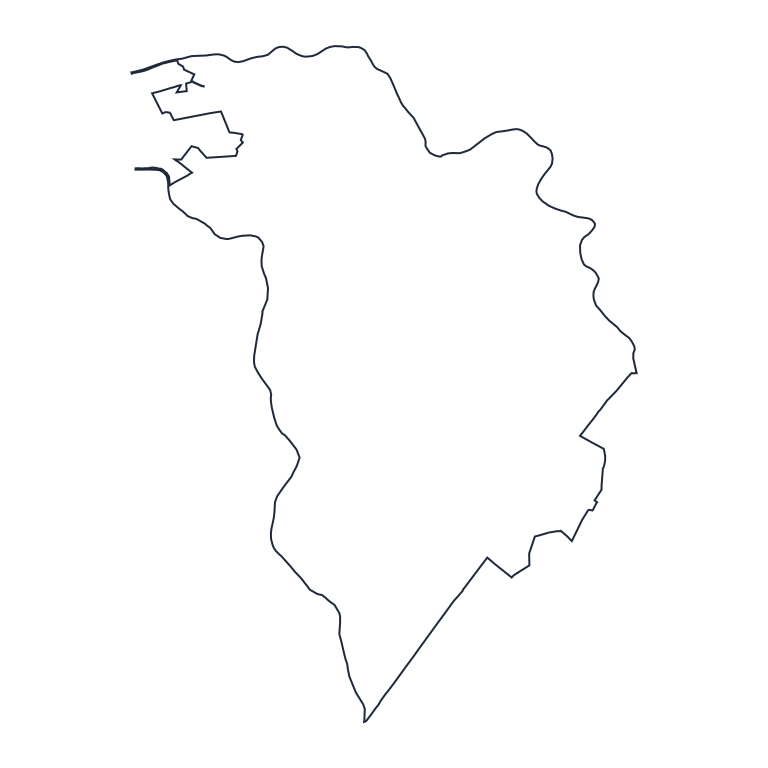 Ceraukstes pag., Bauska, Latvia (Mercator projection)
{"feature_id": "27541924B26132540947548", "entity_name": "Ceraukstes pag.", "entity_type": "district", "adm_level": 2, "iso_a3": "LVA", "parent_name": "Latvia", "parent_adm1": "Bauska", "projection": "mercator", "projection_center": [24.276, 56.363], "detail": "fine", "context": "isolated", "style": "outline", "palette": "slate", "viewbox_px": 768, "rotation_deg": 0, "n_neighbors": 0, "source": "geoboundaries", "source_scale": "gbopen_adm2", "svg_char_len": 5962}
<svg xmlns="http://www.w3.org/2000/svg" viewBox="0 0 768 768"><path d="M131.4,72.4L131.9,73.7L133.4,73.1L141.8,71.4L144.6,70.7L149.9,68.7L154.0,66.9L155.2,66.6L157.9,65.5L162.2,63.7L168.7,62.1L173.1,61.1L175.8,60.6L177.3,60.6L178.3,63.8L182.9,66.4L184.1,69.3L184.0,69.6L194.3,74.4L191.4,80.5L191.9,80.9L192.9,81.7L194.0,82.3L195.1,82.9L196.3,83.4L201.2,85.5L202.0,85.8L202.9,86.0L203.7,86.1L203.7,86.4L202.6,86.3L202.1,86.2L201.5,86.0L201.0,85.8L196.3,83.7L195.1,83.2L193.8,82.6L193.2,82.2L192.4,81.7L186.1,83.6L186.7,91.1L176.7,92.4L179.6,87.5L180.5,85.9L180.9,85.2L180.2,85.2L175.0,86.8L173.8,87.2L169.7,88.3L168.2,88.8L166.3,89.4L163.9,90.1L162.1,90.6L161.9,90.8L152.1,93.3L162.3,113.5L165.5,112.1L169.9,112.7L173.8,120.2L210.0,113.2L221.0,111.5L229.5,132.4L233.5,132.8L235.9,133.1L238.0,133.5L241.4,134.0L242.7,134.7L240.8,140.1L242.8,142.6L236.6,148.8L236.4,148.9L237.5,151.5L235.9,155.9L206.5,157.8L199.7,150.1L198.1,148.0L191.5,146.2L182.8,157.5L181.3,159.5L176.8,159.5L174.6,159.4L175.9,160.4L177.3,161.2L179.0,162.4L181.6,164.4L186.3,168.2L192.0,172.7L189.1,174.3L187.9,175.3L175.0,182.1L169.8,185.4L169.5,182.3L169.0,176.6L168.4,175.6L166.6,172.9L165.1,171.9L164.3,171.2L163.6,170.5L162.8,169.7L161.4,169.0L160.7,168.7L159.2,168.7L157.7,168.3L156.2,167.9L155.9,167.8L154.7,167.8L153.3,167.5L152.5,167.6L152.0,167.6L151.4,167.7L150.8,167.7L149.9,167.8L149.6,168.1L148.1,168.2L147.7,168.2L146.7,168.3L145.6,168.5L145.1,168.2L144.2,168.2L143.3,168.5L139.7,168.3L139.3,168.2L136.4,168.3L135.6,168.3L135.5,169.7L139.4,169.7L149.4,169.5L155.9,169.8L159.4,170.1L163.2,172.0L165.7,174.8L167.0,176.7L168.2,183.0L168.2,187.9L169.0,194.2L170.2,199.3L173.4,203.8L179.2,208.7L183.4,211.9L187.6,216.0L192.3,218.1L195.2,218.6L197.0,219.2L204.8,223.6L207.0,225.5L208.6,226.8L210.2,227.8L214.9,234.4L220.4,237.9L226.9,239.1L229.3,238.8L238.2,236.5L241.9,235.8L250.0,235.3L255.5,236.3L258.3,237.5L262.1,242.0L263.6,246.3L261.6,258.2L261.5,262.0L261.7,266.3L264.2,274.1L265.7,277.4L266.4,280.0L268.0,288.2L267.3,299.6L263.9,307.8L262.3,311.8L262.5,313.3L260.7,323.9L257.6,334.4L254.2,355.6L254.0,361.9L254.7,366.5L257.9,372.5L261.6,378.3L266.8,385.4L270.1,389.9L271.2,394.5L270.8,397.5L270.9,401.4L271.8,407.6L274.1,417.3L276.7,425.4L279.1,429.4L282.1,433.5L285.1,435.4L289.8,440.8L296.6,449.7L299.6,457.7L296.7,466.2L293.3,472.5L291.5,476.6L286.4,483.2L283.7,486.8L280.5,491.4L277.1,496.4L276.3,498.6L275.0,502.1L274.4,512.6L273.8,517.8L273.0,521.6L271.5,528.4L270.9,532.8L271.0,538.8L272.5,544.5L273.8,547.9L275.8,550.9L278.8,553.9L281.3,556.1L290.9,566.8L292.3,568.6L294.4,571.2L301.5,578.7L304.9,583.2L307.9,586.9L309.7,589.6L317.5,594.1L321.9,595.0L325.4,597.6L329.1,601.1L334.5,604.9L339.4,613.2L340.1,616.8L340.1,623.2L339.3,633.9L341.5,642.3L343.5,650.9L345.5,659.1L347.2,663.9L347.8,669.0L349.4,676.6L355.9,692.6L363.2,704.3L364.8,709.1L364.4,719.4L364.1,721.9L366.1,721.1L372.2,713.1L374.4,710.0L375.9,707.9L378.5,704.7L380.1,701.9L381.1,700.2L385.5,694.1L388.9,689.9L392.9,684.6L395.7,680.8L405.9,666.7L414.7,654.8L418.9,648.8L423.4,642.7L424.3,641.4L437.3,623.5L445.1,612.9L453.8,600.9L454.7,599.9L456.9,597.5L462.6,590.9L463.0,589.7L472.0,577.8L480.5,566.5L487.3,557.6L493.4,562.8L494.4,563.7L511.6,577.4L511.7,577.5L513.7,575.3L519.8,571.4L529.4,565.4L529.2,556.6L529.2,553.4L534.9,536.5L538.5,535.6L547.4,533.0L549.6,532.4L556.4,531.3L556.7,531.2L560.7,531.2L560.9,530.9L567.5,536.6L571.8,541.1L582.2,519.8L584.0,516.9L588.0,510.5L588.2,510.2L588.9,509.9L589.5,509.8L592.3,510.5L592.5,510.4L592.8,510.0L593.2,509.4L595.0,505.9L596.4,503.1L597.1,502.3L594.6,500.4L601.5,489.7L601.5,488.4L601.6,485.1L602.9,468.4L603.8,466.8L605.1,461.2L605.2,456.5L604.7,453.4L603.8,448.9L591.9,442.5L587.8,440.2L584.2,438.2L580.0,435.8L582.0,433.4L588.8,424.5L592.5,419.9L596.8,414.2L598.3,411.7L600.5,409.5L607.2,400.3L609.5,398.1L611.9,395.6L616.6,390.7L627.2,377.8L631.1,373.6L631.9,373.0L632.1,373.1L632.4,373.2L633.1,373.4L633.8,373.3L634.4,373.4L634.9,373.3L635.3,372.9L636.6,373.1L633.3,358.6L633.3,353.5L634.8,349.1L634.3,346.3L631.9,341.7L629.3,338.1L625.8,335.5L620.5,331.3L617.2,327.2L612.9,323.6L609.3,320.7L604.8,315.9L600.3,310.2L596.1,305.5L593.9,299.7L593.4,295.5L593.7,291.6L595.1,288.3L596.6,285.4L598.1,281.9L598.8,278.6L598.0,276.7L595.4,272.4L592.7,269.8L589.4,267.7L586.1,266.3L583.9,264.4L581.7,259.5L580.3,253.4L580.0,245.5L581.9,240.0L584.5,236.9L588.5,234.3L592.4,230.0L594.6,226.7L595.0,224.1L594.1,222.3L592.1,220.2L590.2,219.0L587.5,218.2L583.1,217.6L578.2,217.0L573.7,215.6L570.2,214.0L565.8,211.8L560.8,210.5L555.5,208.7L549.1,205.9L542.6,201.4L539.1,197.6L536.9,194.0L536.4,191.4L536.8,188.6L538.1,184.5L541.0,179.2L543.9,175.0L547.0,171.1L550.6,166.6L552.0,163.7L552.6,158.4L551.9,154.0L550.7,150.6L548.4,148.6L546.5,147.4L542.8,146.3L540.0,145.6L537.7,144.5L534.4,141.4L532.0,138.8L526.9,133.6L522.5,130.8L519.2,129.5L516.6,129.1L512.8,129.5L506.4,130.7L502.4,131.3L496.5,132.0L492.3,133.8L485.0,138.1L481.1,141.1L470.4,149.4L466.5,151.1L459.9,153.2L452.5,153.0L448.0,153.4L442.1,155.4L441.0,156.6L438.3,156.4L434.6,155.3L429.9,152.8L427.4,149.2L425.6,146.3L425.5,144.8L425.6,142.0L425.1,138.9L422.1,133.3L419.5,128.7L416.7,123.6L413.6,117.8L411.7,115.8L408.8,112.7L405.0,108.0L403.0,105.7L401.0,102.4L399.1,98.1L397.0,93.8L394.2,86.9L390.3,78.1L387.5,73.8L385.7,72.9L380.8,70.6L378.4,69.6L376.5,68.5L374.3,66.5L372.9,64.3L371.0,60.7L368.1,56.1L366.9,53.5L364.7,50.2L361.1,48.0L358.6,47.1L353.0,46.9L350.6,47.2L347.0,47.4L342.1,46.4L334.9,46.1L330.2,46.9L326.0,48.5L321.7,51.3L317.5,54.1L312.4,56.0L307.3,56.6L304.4,56.6L301.7,56.0L296.8,54.0L291.4,50.3L287.0,47.6L282.8,46.7L278.8,47.1L275.6,48.4L273.9,49.7L267.9,54.8L262.5,56.3L257.6,56.8L251.5,58.2L243.1,61.2L238.2,62.1L234.2,61.6L230.9,60.0L226.7,56.9L223.8,55.5L218.6,54.3L214.1,54.4L206.3,55.5L200.5,55.7L191.8,56.1L188.6,56.9L182.1,58.7L176.4,59.4L170.2,60.7L163.5,62.4L156.7,64.7L151.7,66.5L143.4,69.5L136.2,71.4L131.4,72.4Z" fill="none" stroke="#1e293b" stroke-width="2"/></svg>